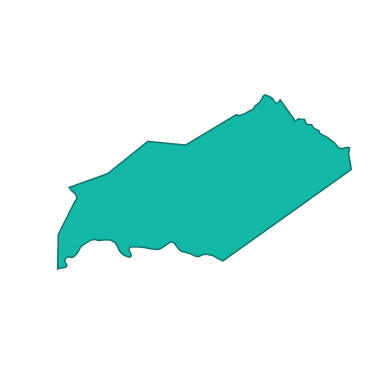 Rouarne, Micoud, Saint Lucia, rotated 325°
{"feature_id": "8701671B67257471082353", "entity_name": "Rouarne", "entity_type": "district", "adm_level": 2, "iso_a3": "LCA", "parent_name": "Saint Lucia", "parent_adm1": "Micoud", "projection": "albers", "projection_center": [-60.915, 13.778], "detail": "fine", "context": "isolated", "style": "filled", "palette": "teal", "viewbox_px": 384, "rotation_deg": 325, "n_neighbors": 0, "source": "geoboundaries", "source_scale": "gbopen_adm2", "svg_char_len": 5912}
<svg xmlns="http://www.w3.org/2000/svg" viewBox="0 0 384 384"><g transform="rotate(325 192 192)"><path d="M37.7,178.1L38.6,178.3L39.4,178.5L40.0,178.7L40.6,178.9L41.4,179.3L42.0,179.6L42.8,180.0L43.5,180.3L44.2,180.7L44.9,181.0L45.4,181.1L45.8,181.1L46.5,181.1L47.1,180.7L47.4,180.2L47.5,179.7L47.7,179.0L47.8,178.1L47.8,177.6L47.9,177.0L47.9,176.5L48.0,176.0L48.3,175.5L48.8,175.1L49.4,174.6L49.9,174.2L50.2,174.0L50.6,173.9L51.3,173.9L51.8,173.9L52.4,173.9L53.2,174.1L53.7,174.3L54.3,174.7L54.5,174.9L55.0,175.5L55.4,176.1L56.0,176.7L56.6,177.0L57.4,177.1L58.0,177.1L58.8,177.1L59.7,176.9L60.3,176.8L61.3,176.7L62.1,176.5L63.0,176.2L63.8,175.8L64.5,175.5L66.2,174.7L67.3,174.2L68.2,173.6L68.8,173.3L69.7,173.0L71.5,172.9L72.6,172.9L74.0,173.0L75.1,173.1L76.2,173.1L77.5,173.1L78.4,173.2L79.7,173.2L81.2,173.3L81.8,173.4L82.4,173.7L82.8,174.0L83.5,174.4L84.2,174.7L84.8,174.9L85.6,175.6L86.1,176.3L86.6,177.0L86.9,177.4L87.4,177.9L87.9,178.3L88.8,178.8L90.1,179.5L92.9,181.1L93.7,181.6L94.6,182.4L95.5,183.0L96.5,183.6L96.9,183.9L97.2,184.3L97.6,184.9L98.0,185.4L98.4,185.8L98.9,186.8L98.9,187.2L99.1,187.5L99.4,188.0L99.6,188.6L99.8,188.9L99.9,189.3L99.9,189.8L100.0,190.5L99.9,191.5L99.9,192.6L99.8,193.3L99.7,193.8L99.6,194.3L99.5,194.9L99.2,195.8L99.1,196.3L99.0,196.6L99.0,196.9L99.1,197.5L99.0,198.0L98.9,198.3L98.9,198.8L98.9,199.2L99.1,199.6L99.1,200.8L99.1,201.2L99.1,201.8L99.5,203.0L99.7,203.5L99.9,204.0L100.0,204.5L100.3,205.2L100.4,205.4L100.7,205.9L101.3,206.7L101.6,207.1L102.0,207.8L102.3,208.4L102.7,208.9L103.0,209.2L103.7,209.5L104.0,209.7L104.5,209.8L105.0,209.7L105.4,209.5L105.8,209.1L106.2,208.4L106.4,207.9L106.6,207.2L106.7,206.4L106.8,205.7L106.8,205.1L106.9,204.2L107.0,203.6L107.3,203.1L107.7,202.6L108.1,202.4L108.7,202.1L109.3,201.9L109.7,201.9L110.3,202.0L111.0,202.4L111.7,202.8L112.7,203.4L113.7,204.1L114.6,204.9L115.5,205.4L116.4,206.2L118.1,207.6L119.8,209.1L120.5,209.6L121.3,210.3L121.8,210.8L122.4,211.5L123.1,212.3L123.7,212.9L124.6,213.8L125.3,214.5L125.7,214.9L127.7,216.6L128.1,217.0L128.8,217.6L129.6,218.3L131.0,219.4L131.7,219.8L132.8,220.1L133.5,220.3L134.7,220.5L137.7,220.5L141.4,220.6L143.7,220.6L145.1,220.6L146.1,221.0L146.6,221.3L147.2,221.7L147.6,222.1L147.9,222.7L148.1,223.4L148.2,224.2L148.2,225.0L148.2,226.0L148.2,227.1L148.3,228.4L148.4,229.7L148.4,231.1L148.5,232.0L148.7,232.8L148.9,233.5L149.2,234.3L149.7,235.0L150.2,235.7L150.9,236.4L151.7,237.3L152.4,238.1L153.1,239.0L153.7,239.7L154.5,240.6L155.4,241.9L156.3,243.6L156.8,244.5L157.4,245.4L157.7,246.0L158.6,247.1L159.3,247.9L159.8,248.4L160.1,248.5L160.7,248.8L162.2,249.0L163.7,249.4L164.9,249.6L165.9,249.9L166.8,250.4L167.5,250.9L168.3,251.5L169.1,252.2L169.6,252.9L170.3,253.6L171.0,254.3L171.7,255.0L172.3,255.7L172.9,256.6L173.5,257.6L173.8,258.3L174.1,259.0L174.3,259.8L174.6,260.8L174.9,261.3L175.5,262.0L176.0,262.9L176.3,263.5L176.6,264.3L176.9,264.9L177.3,265.4L177.7,266.2L335.4,264.9L336.1,263.3L339.0,257.8L339.6,255.8L342.3,250.4L344.0,248.8L346.1,246.3L346.3,246.1L346.1,245.9L345.9,245.6L345.8,245.3L345.5,245.0L345.2,244.8L345.0,244.7L344.8,244.6L344.6,244.4L344.1,244.2L343.9,244.2L343.6,244.0L343.2,243.9L342.8,243.7L342.6,243.6L341.6,243.3L341.2,243.2L340.6,242.9L340.3,242.7L339.6,242.4L339.3,242.2L339.1,241.9L338.8,241.7L338.6,241.4L338.4,241.1L338.2,240.8L338.0,240.4L337.8,240.1L337.7,239.9L337.6,239.7L337.5,239.2L337.4,239.1L337.4,238.8L337.3,238.5L337.2,238.0L337.2,237.7L337.2,237.3L337.1,236.3L337.0,235.9L337.0,235.2L337.0,234.8L336.9,234.5L336.9,234.1L336.9,233.8L336.8,233.4L336.7,232.9L336.6,232.7L336.5,232.3L336.4,232.0L336.3,231.6L336.2,231.3L336.0,230.7L335.8,230.2L335.7,229.7L335.4,229.1L335.1,228.1L335.0,227.8L334.9,227.4L334.8,227.1L334.7,226.7L334.6,226.3L334.5,226.1L334.2,225.3L334.0,225.0L333.8,224.3L333.6,223.9L333.5,223.5L333.2,222.8L332.9,222.4L332.4,221.5L332.2,221.1L332.0,220.8L331.8,220.5L331.7,220.1L331.5,219.8L331.3,219.4L331.1,219.1L331.0,218.8L330.9,218.4L330.8,218.1L330.6,217.7L330.6,217.3L330.5,217.0L330.5,216.6L330.6,216.3L330.7,215.9L330.8,215.6L331.0,215.3L331.0,214.9L331.0,214.6L330.9,214.1L330.7,213.7L330.4,213.2L330.2,212.8L329.8,212.2L329.6,212.0L329.4,211.7L329.2,211.4L329.1,211.0L328.9,210.6L328.8,210.3L328.7,210.0L328.5,209.6L328.4,209.2L328.3,208.8L328.3,208.5L328.3,207.8L328.2,207.5L328.3,207.1L328.4,206.8L328.5,206.5L328.6,206.1L328.6,205.7L328.5,205.3L328.3,205.1L328.0,205.0L327.3,204.8L327.0,204.6L326.8,204.4L326.5,204.2L326.3,203.9L326.0,203.6L325.8,203.4L325.4,203.1L325.2,202.8L325.1,202.6L325.0,202.4L324.9,202.2L324.9,201.8L324.9,201.5L324.9,201.1L324.9,200.8L325.0,200.4L325.0,200.1L325.1,199.7L325.3,199.1L325.5,198.7L325.6,198.4L325.7,198.2L325.6,197.7L325.6,197.3L325.6,197.0L325.5,196.7L324.9,196.3L324.6,196.1L324.4,195.9L324.1,195.7L323.8,195.5L323.4,195.3L323.1,195.1L322.9,194.9L322.6,194.6L322.4,194.4L322.2,194.1L322.0,193.8L321.8,193.5L321.5,193.4L320.8,193.1L320.5,193.1L320.1,193.1L319.8,193.1L319.4,193.1L318.7,193.2L318.4,193.2L318.0,193.2L317.7,193.1L317.3,193.1L317.1,167.1L316.8,167.2L316.6,167.3L316.2,167.5L315.3,167.9L315.1,167.9L314.8,168.0L314.6,168.0L314.3,168.1L314.1,168.1L313.9,168.1L313.6,168.1L313.3,168.0L313.2,168.0L313.0,167.9L312.9,167.8L312.6,167.7L312.4,167.6L312.2,167.5L312.1,167.4L311.9,167.0L311.8,166.9L311.7,166.7L311.6,166.4L311.5,166.0L311.5,165.8L311.5,165.7L311.5,165.4L311.5,165.2L311.4,161.0L311.3,160.9L311.3,160.7L311.2,160.4L311.1,160.2L310.4,158.7L310.2,158.2L310.0,157.9L309.9,157.8L309.8,157.6L309.7,157.3L309.6,157.2L309.3,156.8L307.7,154.6L307.5,154.4L307.3,154.3L307.2,154.3L307.1,154.2L304.5,154.5L303.5,155.5L300.7,156.5L299.0,157.3L295.3,157.5L293.3,157.7L289.0,159.3L286.3,158.7L282.7,158.3L280.4,158.1L275.7,156.9L273.4,155.7L273.0,154.1L213.7,149.9L184.8,125.2L133.5,128.6L94.0,117.8L94.0,120.7L94.3,122.6L95.2,126.1L95.2,127.7L94.0,131.6L90.9,132.4L58.0,150.2L37.7,178.1Z" fill="#14b8a6" stroke="#0f766e" stroke-width="1.5"/></g></svg>